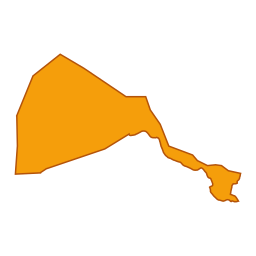 outline of L'Orangerie Road, Praslin, Saint Lucia
{"feature_id": "8701671B96985788698945", "entity_name": "L'Orangerie Road", "entity_type": "district", "adm_level": 2, "iso_a3": "LCA", "parent_name": "Saint Lucia", "parent_adm1": "Praslin", "projection": "mercator", "projection_center": [-60.921, 13.856], "detail": "fine", "context": "isolated", "style": "filled", "palette": "amber", "viewbox_px": 256, "rotation_deg": 0, "n_neighbors": 0, "source": "geoboundaries", "source_scale": "gbopen_adm2", "svg_char_len": 4783}
<svg xmlns="http://www.w3.org/2000/svg" viewBox="0 0 256 256"><path d="M145.7,96.7L126.0,96.7L83.9,68.3L60.2,54.3L33.0,75.9L16.7,115.9L16.8,116.0L17.4,146.0L15.4,174.1L40.5,172.9L40.5,172.6L46.4,168.7L46.5,168.7L104.9,148.9L129.0,134.1L129.0,134.3L129.1,134.6L129.4,135.0L129.8,135.3L130.3,135.5L131.6,135.4L133.1,135.1L133.6,135.1L134.9,134.8L135.0,134.8L135.1,134.7L135.4,134.6L135.6,134.4L135.8,134.4L136.0,134.2L136.5,134.0L136.6,133.9L136.8,133.9L137.0,133.8L137.2,133.7L137.4,133.7L137.6,133.6L137.8,133.4L138.1,133.3L138.2,133.2L138.4,133.1L138.6,133.0L138.8,132.9L139.0,132.8L139.2,132.7L139.3,132.6L139.5,132.5L139.8,132.4L140.0,132.3L140.1,132.2L140.4,132.0L140.6,131.9L140.8,131.8L140.9,131.7L141.0,131.7L141.4,131.5L141.5,131.4L141.8,131.3L142.0,131.2L142.4,131.1L142.6,131.1L142.8,131.1L143.0,131.1L143.7,131.0L143.9,131.0L144.0,131.0L144.3,131.1L144.5,131.1L144.8,131.1L145.1,131.2L145.4,131.3L145.7,131.4L145.8,131.5L146.1,131.6L146.3,131.8L146.5,132.0L146.8,132.2L147.0,132.4L147.3,132.7L147.4,132.8L147.6,133.0L148.0,133.5L148.4,134.0L148.5,134.1L148.8,134.5L149.1,134.9L149.1,135.0L149.3,135.2L149.5,135.6L149.7,135.8L149.8,135.9L149.9,136.0L150.0,136.1L150.1,136.3L150.3,136.5L150.5,136.7L150.7,136.8L150.8,136.9L151.0,137.1L151.3,137.2L151.4,137.3L151.6,137.4L151.8,137.4L152.0,137.5L152.3,137.6L152.5,137.6L152.9,137.7L153.0,137.7L153.5,137.7L154.3,137.7L154.6,137.7L155.1,137.8L155.3,137.8L155.5,137.8L155.8,137.8L155.9,137.7L156.0,137.7L156.3,137.5L156.4,137.4L156.5,137.4L156.8,137.4L157.1,137.5L157.3,137.6L157.5,137.7L157.8,137.8L158.1,137.9L158.1,138.0L158.3,138.0L158.5,138.2L158.6,138.3L158.7,138.5L158.8,138.7L158.9,138.8L159.0,139.0L159.2,139.3L159.3,139.5L159.4,139.9L159.5,140.1L159.6,140.5L159.7,140.8L159.7,141.1L159.8,141.3L160.0,141.9L160.2,142.5L160.3,143.0L160.4,143.4L160.5,143.6L160.5,143.8L160.6,144.0L160.6,144.4L160.7,144.6L160.7,144.8L160.8,145.0L160.9,145.5L161.0,145.8L161.0,146.0L161.1,146.3L161.2,146.5L161.3,146.9L161.4,147.0L161.5,147.1L161.8,147.8L161.9,148.2L162.0,148.2L162.1,148.4L162.1,148.6L162.3,148.9L162.4,149.2L162.4,149.4L162.5,149.7L162.6,149.8L162.6,150.0L162.8,150.4L162.9,150.6L163.0,150.9L163.0,151.0L163.1,151.4L163.2,151.5L163.3,151.8L163.3,152.0L163.5,152.4L163.6,152.6L163.9,153.0L164.1,153.4L164.2,153.5L164.4,153.7L164.4,153.8L165.4,155.2L166.0,155.8L166.8,156.4L167.6,157.1L167.9,157.5L168.9,157.9L170.4,158.4L171.3,158.8L172.1,159.3L172.7,159.6L173.7,160.1L174.8,160.4L176.0,160.9L177.0,161.3L178.5,161.8L179.3,162.0L180.4,162.2L180.8,162.6L181.5,163.3L182.0,163.9L182.8,164.8L183.3,165.2L184.1,165.7L184.7,166.0L186.1,166.4L186.9,166.7L188.0,167.2L188.9,167.6L190.2,168.2L190.7,168.5L191.2,168.7L192.0,169.2L193.3,169.9L194.2,170.1L195.4,170.2L196.6,170.1L197.5,170.0L197.9,169.8L199.9,168.5L200.9,167.9L201.4,167.9L201.7,168.0L202.2,168.4L202.8,168.8L203.7,169.7L204.2,170.5L205.0,171.5L205.4,171.9L206.2,172.8L206.5,173.3L206.8,174.3L207.0,175.0L207.2,175.6L207.5,176.2L207.8,176.9L208.3,177.4L209.1,178.0L210.2,178.2L210.8,178.7L211.1,179.6L211.4,180.3L211.7,180.9L212.0,181.8L212.4,182.9L212.7,183.6L212.7,184.6L212.6,185.4L212.2,185.8L211.3,186.3L210.3,186.6L209.6,187.2L209.8,187.6L210.1,188.5L210.4,189.7L210.5,190.5L210.4,191.0L210.5,191.6L210.8,192.3L211.5,193.2L212.4,194.2L213.0,195.0L213.8,196.0L214.6,196.8L215.3,197.4L216.2,198.3L216.9,199.0L217.6,199.5L218.5,200.0L219.6,200.1L221.3,200.6L222.6,201.0L223.3,201.1L224.8,200.7L226.0,200.1L226.9,199.7L227.9,199.7L228.2,199.8L228.6,199.9L228.8,199.9L229.1,200.0L229.3,200.1L229.6,200.3L229.8,200.5L230.0,200.7L230.2,201.0L230.4,201.2L230.6,201.3L230.8,201.4L231.0,201.5L231.3,201.5L231.4,201.4L231.7,201.2L231.8,201.0L232.0,200.9L232.6,201.0L233.0,201.2L233.2,201.3L233.6,201.4L233.9,201.5L234.3,201.7L234.6,201.7L235.2,201.7L236.0,201.7L236.8,201.6L237.2,201.5L237.4,201.3L237.8,201.2L238.0,201.1L238.4,201.1L238.2,200.7L237.9,200.1L237.5,199.6L237.1,198.9L236.8,198.4L236.4,197.8L236.0,197.2L235.6,196.8L235.1,196.2L234.9,196.1L234.7,196.0L234.6,195.9L234.3,195.8L234.0,195.7L233.5,195.6L233.2,195.4L232.9,195.3L232.5,195.1L232.2,195.0L231.8,194.8L231.4,194.7L231.0,194.5L230.8,194.4L230.4,194.4L230.4,193.9L230.5,193.5L230.6,193.2L230.7,192.9L230.7,192.6L230.8,192.0L230.8,191.5L231.0,190.9L231.1,190.2L231.2,189.7L231.4,189.0L231.5,188.6L231.6,188.0L231.8,187.5L231.8,187.0L231.9,186.3L231.9,185.7L232.0,185.4L232.2,185.2L232.4,185.0L232.8,184.5L233.1,184.0L233.2,183.8L234.6,183.8L236.0,183.7L236.9,183.3L237.3,183.1L237.3,182.8L237.1,182.3L237.2,181.3L237.6,180.8L238.6,179.9L238.9,179.6L239.6,178.1L239.6,177.4L240.1,176.0L240.2,175.3L240.3,174.5L240.6,173.4L228.3,170.7L221.5,165.6L215.6,164.8L207.5,165.6L197.4,160.6L192.6,155.0L168.8,146.1L160.2,124.3L150.3,110.0L145.7,96.7Z" fill="#f59e0b" stroke="#b45309" stroke-width="1.5"/></svg>